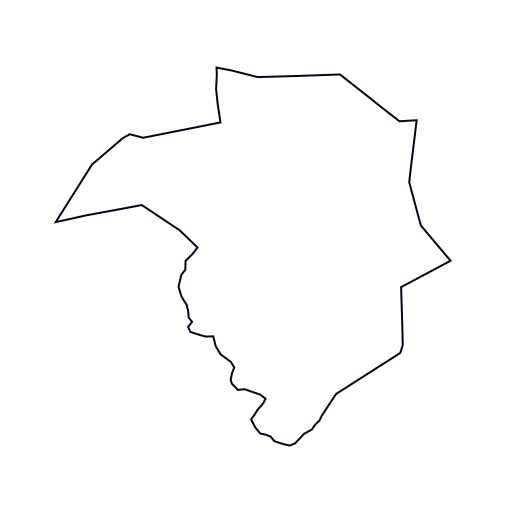 Santo Antônio, Rio Grande do Norte, Brazil, rotated 259°
{"feature_id": "56859067B19314553813620", "entity_name": "Santo Antônio", "entity_type": "district", "adm_level": 2, "iso_a3": "BRA", "parent_name": "Brazil", "parent_adm1": "Rio Grande do Norte", "projection": "equal_earth", "projection_center": [-35.537, -6.324], "detail": "fine", "context": "isolated", "style": "outline", "palette": "ink", "viewbox_px": 512, "rotation_deg": 259, "n_neighbors": 0, "source": "geoboundaries", "source_scale": "gbopen_adm2", "svg_char_len": 1098}
<svg xmlns="http://www.w3.org/2000/svg" viewBox="0 0 512 512"><g transform="rotate(259 256 256)"><path d="M377.1,112.5L327.5,65.9L328.3,97.0L327.8,153.6L295.9,185.9L275.5,200.2L270.1,194.1L264.6,185.9L256.0,184.0L251.9,179.2L240.7,174.1L231.2,175.0L226.3,176.6L221.3,178.6L215.1,178.9L208.5,178.2L203.6,180.7L199.3,175.8L193.9,177.2L189.5,185.2L186.5,191.3L185.3,198.7L175.4,199.2L166.2,202.5L156.7,211.2L150.7,213.4L145.7,210.2L139.6,207.6L135.3,207.9L128.0,212.7L127.4,219.4L122.8,227.3L119.1,233.8L114.1,238.1L109.8,234.8L104.9,228.3L100.3,224.1L96.6,220.0L87.8,222.6L80.9,226.3L78.8,231.4L75.9,235.9L70.7,238.7L66.5,246.2L63.5,252.8L64.6,258.6L72.2,269.1L75.0,277.7L78.8,281.5L82.4,286.9L86.8,290.2L105.3,308.3L133.3,379.1L140.4,383.0L159.0,386.2L197.8,392.5L214.2,446.1L230.3,437.1L254.4,423.7L258.7,423.3L299.2,420.5L309.5,423.7L358.6,439.6L360.9,422.5L378.9,406.8L389.3,398.0L418.2,373.0L425.1,329.3L431.3,291.8L442.6,267.8L448.5,253.2L441.7,252.2L427.5,248.7L412.6,247.4L393.9,246.6L393.6,167.8L399.6,155.3L397.2,147.9L377.1,112.5Z" fill="none" stroke="#020617" stroke-width="2"/></g></svg>